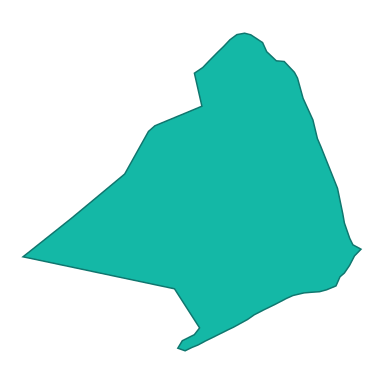 Brejo Grande, Sergipe, Brazil (Equal Earth projection)
{"feature_id": "56859067B39300594646138", "entity_name": "Brejo Grande", "entity_type": "district", "adm_level": 2, "iso_a3": "BRA", "parent_name": "Brazil", "parent_adm1": "Sergipe", "projection": "equal_earth", "projection_center": [-36.456, -10.473], "detail": "fine", "context": "isolated", "style": "filled", "palette": "teal", "viewbox_px": 384, "rotation_deg": 0, "n_neighbors": 0, "source": "geoboundaries", "source_scale": "gbopen_adm2", "svg_char_len": 833}
<svg xmlns="http://www.w3.org/2000/svg" viewBox="0 0 384 384"><path d="M194.4,73.2L201.9,106.2L178.4,116.0L155.0,125.7L148.5,131.4L124.7,174.0L71.3,218.4L23.0,256.8L174.5,288.8L199.6,327.9L194.3,334.7L182.3,340.7L177.8,348.2L185.1,350.8L191.8,347.5L198.0,345.0L205.2,341.1L215.0,336.3L227.4,330.1L233.5,327.2L247.8,319.3L254.2,314.8L263.7,309.9L276.0,303.9L286.3,298.5L293.0,295.5L304.0,292.9L312.3,292.2L319.6,291.7L326.6,289.8L336.0,285.9L340.0,276.8L344.4,273.0L349.5,265.5L354.5,255.9L361.0,249.2L352.9,244.8L349.7,238.3L344.4,223.0L342.8,213.9L337.5,188.3L321.0,147.0L317.4,138.6L312.9,119.9L303.1,98.4L297.5,78.1L294.4,72.3L284.2,61.5L276.3,60.8L266.7,51.7L262.6,42.6L250.8,34.8L244.6,33.2L236.9,34.6L230.1,39.6L223.7,46.4L217.8,52.1L209.2,60.8L202.8,67.5L194.4,73.2Z" fill="#14b8a6" stroke="#0f766e" stroke-width="1.5"/></svg>